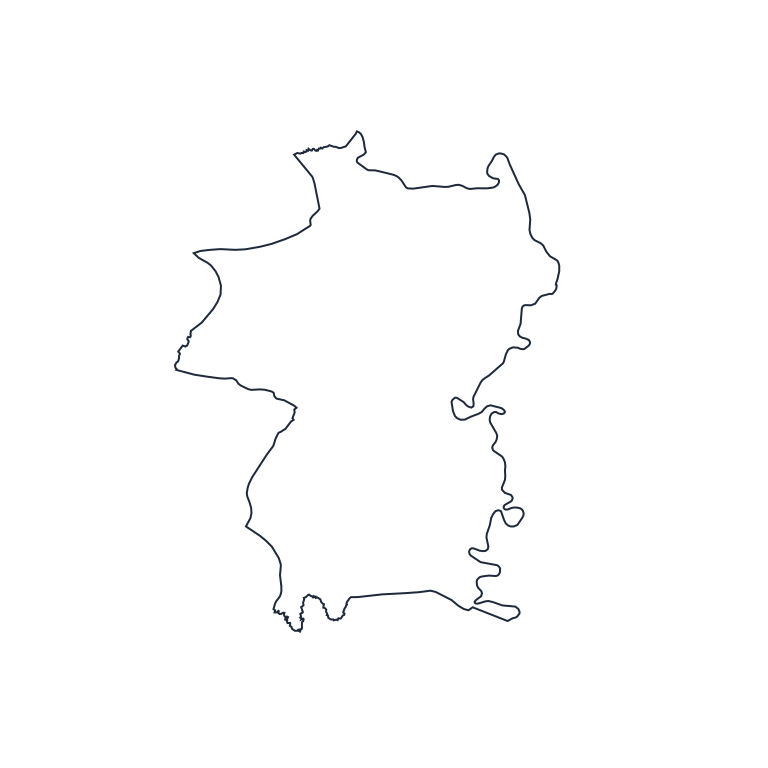 Phanom Phrai, Roi Et, Thailand (Albers equal-area conic projection), rotated 29°
{"feature_id": "78962969B84484798937019", "entity_name": "Phanom Phrai", "entity_type": "district", "adm_level": 2, "iso_a3": "THA", "parent_name": "Thailand", "parent_adm1": "Roi Et", "projection": "albers", "projection_center": [104.081, 15.693], "detail": "fine", "context": "isolated", "style": "outline", "palette": "slate", "viewbox_px": 768, "rotation_deg": 29, "n_neighbors": 0, "source": "geoboundaries", "source_scale": "gbopen_adm2", "svg_char_len": 6165}
<svg xmlns="http://www.w3.org/2000/svg" viewBox="0 0 768 768"><g transform="rotate(29 384 384)"><path d="M154.2,361.8L160.9,363.5L170.6,363.5L175.2,364.2L182.1,367.1L187.5,370.7L193.7,377.0L197.7,385.1L198.6,393.0L198.2,401.3L194.8,418.7L189.4,431.1L190.6,434.4L191.3,434.9L191.8,436.2L191.7,437.1L189.9,437.7L189.9,439.5L190.4,440.3L191.9,440.9L192.7,441.7L193.2,445.8L192.4,446.6L192.2,447.5L189.3,448.0L188.3,455.4L190.8,456.4L191.2,459.0L192.2,460.6L192.8,463.2L192.8,464.5L192.1,465.5L192.0,468.8L193.7,470.9L195.3,471.4L195.4,472.4L213.6,467.8L226.6,463.0L237.3,458.8L242.1,456.5L248.1,452.6L249.2,452.3L252.9,452.4L256.5,454.3L259.6,454.8L267.9,454.3L270.9,453.4L277.7,449.1L282.3,446.9L289.4,445.0L291.8,445.2L294.0,447.8L297.0,448.9L304.7,446.6L316.1,446.5L319.0,447.2L317.9,449.8L319.7,452.3L320.5,458.3L322.3,459.2L320.8,462.0L319.6,470.8L316.9,475.9L315.4,477.8L315.6,484.0L317.2,491.8L315.7,502.9L313.9,529.4L314.2,536.4L315.1,540.9L316.9,546.0L318.8,548.5L323.9,552.8L327.8,556.7L330.7,561.2L332.2,566.1L332.3,575.5L349.0,576.9L356.3,578.2L364.7,580.6L376.1,587.1L381.0,591.6L382.2,593.6L385.7,601.6L392.4,610.9L394.6,614.8L395.4,617.0L395.9,620.3L395.0,626.9L395.3,629.5L396.5,634.5L398.5,634.7L399.0,636.8L400.8,635.8L401.6,633.6L402.1,633.7L402.6,635.5L404.1,635.8L405.5,635.0L406.7,632.9L407.8,632.4L408.3,634.1L409.4,635.3L410.9,635.6L411.8,634.4L413.1,634.4L413.2,636.2L411.4,636.9L411.7,638.0L413.9,637.6L414.4,639.0L415.5,639.9L417.6,638.5L418.3,639.2L418.9,641.2L420.9,641.3L422.3,642.8L425.8,643.0L428.7,641.3L430.6,641.3L430.5,640.4L428.7,640.0L430.5,638.5L430.8,637.8L427.7,632.1L428.3,630.7L427.7,628.6L427.1,628.4L425.8,630.1L425.7,629.0L424.0,629.0L424.2,627.6L422.3,625.6L423.6,623.5L423.6,622.8L419.7,619.3L420.6,617.5L420.8,616.4L419.3,614.6L418.6,611.1L417.6,609.9L418.9,608.4L420.1,604.9L420.7,604.5L422.9,604.9L423.9,604.5L425.2,605.0L425.4,603.6L426.4,604.2L427.3,603.1L428.1,604.1L429.1,603.0L432.8,603.2L434.7,605.1L437.1,605.9L438.2,605.7L439.3,609.0L441.2,608.7L442.9,609.3L443.6,611.1L445.9,612.7L446.0,613.9L447.4,613.8L448.6,615.5L451.7,615.7L453.7,614.6L454.6,615.1L456.6,613.2L457.9,613.0L457.6,611.2L459.9,610.1L460.2,606.3L461.1,605.3L460.8,604.0L459.0,603.5L458.3,599.3L458.6,597.4L458.2,596.3L458.6,594.9L457.6,594.3L457.3,592.5L457.8,588.2L458.5,586.4L464.5,583.0L484.2,569.0L503.7,556.8L515.4,549.2L524.9,542.2L530.2,540.8L547.7,540.2L556.7,541.9L563.0,542.1L567.6,540.9L569.8,536.3L607.0,531.4L610.0,526.6L612.0,524.8L613.2,523.0L613.8,519.1L612.9,517.4L610.5,515.6L606.8,515.0L594.8,520.3L585.7,521.8L580.4,523.2L577.8,525.2L572.7,530.5L570.8,531.5L569.4,531.3L568.8,530.4L569.2,528.4L571.8,522.6L571.2,519.6L569.5,518.0L565.0,516.5L562.9,515.0L560.7,511.6L560.4,509.6L561.3,506.7L562.7,505.1L568.6,500.7L575.0,497.7L576.3,496.3L576.8,494.8L576.7,492.6L574.9,488.9L572.4,487.8L570.6,487.7L554.8,493.0L543.2,492.0L541.4,491.3L540.0,489.8L539.5,488.8L539.4,486.9L540.4,485.1L542.2,484.3L548.5,483.4L551.8,482.1L553.9,480.5L554.8,478.2L554.2,475.7L548.1,468.7L546.6,465.4L545.1,456.6L542.7,449.1L542.5,444.6L543.2,441.1L545.0,439.1L546.6,438.6L548.1,438.6L554.8,444.6L557.9,446.8L561.0,447.6L563.8,447.2L566.4,445.8L569.0,442.6L569.8,434.0L569.7,431.7L568.9,429.4L567.0,427.6L565.6,426.9L563.5,426.7L560.1,427.6L557.3,429.2L555.3,431.0L553.0,433.8L551.3,434.9L549.9,434.9L548.7,434.3L548.1,433.0L548.2,431.3L551.8,425.4L552.3,423.9L552.0,421.9L551.4,420.8L548.9,419.5L542.4,420.6L538.3,419.2L537.3,417.4L536.3,409.3L534.8,405.9L531.6,400.7L530.1,397.2L527.8,393.9L524.9,391.5L522.5,390.2L512.5,389.3L511.3,388.9L509.5,387.2L509.0,385.2L509.7,380.3L509.3,377.4L508.0,374.2L505.9,372.4L495.6,366.2L493.8,364.2L492.5,361.0L492.4,357.9L494.1,354.9L495.7,354.2L499.1,354.1L501.3,353.4L503.0,351.9L503.4,350.2L503.0,349.4L501.2,348.5L498.2,348.2L487.5,351.0L485.0,353.5L483.8,356.9L483.0,361.3L480.7,364.7L475.8,370.5L472.0,375.9L468.9,377.8L467.4,378.3L464.2,378.4L461.6,377.6L457.4,374.2L451.8,367.0L451.5,365.2L452.3,362.4L453.1,361.3L454.7,360.7L462.4,361.2L466.3,362.6L468.5,362.9L471.8,362.3L473.0,360.2L471.8,357.5L469.4,354.3L468.5,351.9L467.8,335.7L468.1,333.1L469.3,330.1L471.7,325.8L478.0,308.2L478.0,306.4L476.2,299.0L476.0,294.3L476.5,292.5L479.1,289.4L483.7,287.3L486.3,287.2L489.0,286.0L489.8,285.3L491.2,282.1L492.0,280.1L492.1,278.5L491.9,277.4L491.1,276.4L489.4,275.3L486.2,275.5L482.6,276.5L479.6,276.5L477.3,275.5L475.4,272.6L474.3,265.2L467.9,251.0L467.7,249.1L468.1,247.8L469.3,246.5L474.3,244.0L477.3,240.4L478.1,233.2L479.2,230.6L485.2,224.8L487.2,224.0L487.7,223.2L488.4,219.9L488.5,217.2L487.5,214.5L486.9,213.8L486.2,213.9L485.7,212.8L484.9,208.2L482.6,200.4L479.9,195.5L477.8,193.4L476.2,192.3L475.1,192.0L467.3,191.8L461.9,189.6L456.0,185.6L452.9,184.9L446.2,185.2L443.3,184.5L439.7,182.2L436.6,178.8L432.2,169.3L428.3,164.0L415.6,150.4L404.9,143.9L387.4,130.9L382.2,126.4L380.0,125.5L377.5,125.0L374.4,125.7L372.5,126.8L370.5,129.3L370.0,132.1L370.2,137.0L369.7,142.3L369.9,145.0L371.6,149.0L372.7,150.1L374.9,151.1L379.7,151.2L384.3,149.4L385.9,150.2L386.8,152.1L386.8,154.5L385.5,157.6L384.2,159.3L379.3,162.9L370.5,167.7L364.7,171.7L361.8,172.6L356.5,172.7L352.9,173.5L350.4,175.1L344.7,180.3L341.8,182.1L330.3,187.3L315.1,198.8L310.2,201.3L308.0,201.4L300.4,197.4L296.2,196.2L293.9,196.1L290.5,196.5L276.3,200.4L272.6,201.5L266.9,204.5L265.3,204.7L253.3,203.2L252.2,202.3L251.6,201.1L251.4,198.9L255.1,193.1L255.8,190.1L252.1,186.2L249.1,182.1L245.4,178.3L242.5,176.5L239.9,176.0L237.8,176.2L238.0,178.8L235.4,194.7L232.0,198.3L230.3,199.5L227.0,199.9L224.9,200.9L220.5,201.6L219.5,203.6L216.3,206.3L215.8,208.0L214.1,208.0L213.9,209.2L213.0,209.5L213.0,211.9L212.0,211.7L211.9,212.8L210.9,213.1L208.5,212.3L207.7,212.9L207.7,214.8L206.4,215.3L204.0,214.9L204.5,216.7L202.9,217.0L203.5,218.1L203.0,219.1L201.1,219.6L201.6,220.6L201.5,221.1L199.7,222.0L199.4,222.9L196.1,224.1L194.2,227.0L220.3,237.3L221.6,238.0L225.9,242.2L242.6,261.9L242.1,265.4L240.0,271.8L239.7,275.4L240.3,277.1L242.7,280.3L242.8,281.2L235.3,295.0L227.5,305.0L217.6,316.1L208.9,324.2L197.6,333.3L189.0,338.7L175.4,345.4L166.8,351.0L159.0,356.6L154.2,361.8Z" fill="none" stroke="#1e293b" stroke-width="2"/></g></svg>